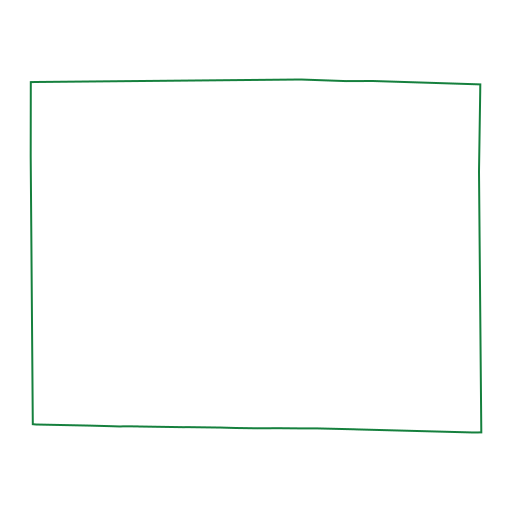 outline of Rock, Wisconsin, United States of America
{"feature_id": "52423323B35843280156412", "entity_name": "Rock", "entity_type": "district", "adm_level": 2, "iso_a3": "USA", "parent_name": "United States of America", "parent_adm1": "Wisconsin", "projection": "equal_earth", "projection_center": [-89.089, 42.67], "detail": "fine", "context": "isolated", "style": "outline", "palette": "green", "viewbox_px": 512, "rotation_deg": 0, "n_neighbors": 0, "source": "geoboundaries", "source_scale": "gbopen_adm2", "svg_char_len": 532}
<svg xmlns="http://www.w3.org/2000/svg" viewBox="0 0 512 512"><path d="M300.7,79.5L121.0,81.2L35.4,82.0L30.8,82.1L30.7,156.3L32.8,424.2L36.1,424.5L89.8,425.6L111.3,426.2L120.4,426.5L123.3,426.3L137.5,426.4L139.0,426.5L184.3,427.2L185.7,427.1L216.0,427.5L219.6,427.5L222.2,427.6L235.8,428.0L257.1,428.3L278.6,428.2L300.7,428.4L300.8,428.4L302.3,428.4L316.8,428.4L354.4,429.3L356.6,429.4L473.5,432.5L481.3,432.4L479.0,171.6L480.2,92.6L480.3,84.4L372.8,81.0L346.0,81.1L300.7,79.5Z" fill="none" stroke="#15803d" stroke-width="2"/></svg>